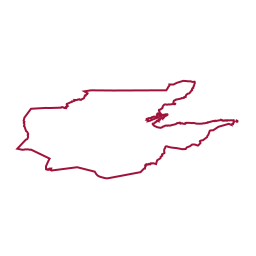 Vopnafjarðarhreppur, Austurland, Iceland, rotated 5°
{"feature_id": "244011B85031335132444", "entity_name": "Vopnafjarðarhreppur", "entity_type": "district", "adm_level": 2, "iso_a3": "ISL", "parent_name": "Iceland", "parent_adm1": "Austurland", "projection": "robinson", "projection_center": [-14.859, 65.704], "detail": "fine", "context": "isolated", "style": "outline", "palette": "rose", "viewbox_px": 256, "rotation_deg": 5, "n_neighbors": 0, "source": "geoboundaries", "source_scale": "gbopen_adm2", "svg_char_len": 5808}
<svg xmlns="http://www.w3.org/2000/svg" viewBox="0 0 256 256"><g transform="rotate(5 128 128)"><path d="M19.5,158.3L24.6,158.9L26.5,158.6L27.5,158.2L28.9,158.2L30.0,158.0L32.7,158.2L33.3,158.0L52.6,165.3L51.4,168.2L49.6,173.4L50.0,176.3L50.3,176.4L51.1,176.2L51.0,176.4L51.1,176.5L51.6,176.4L51.9,176.6L52.1,176.4L52.6,176.5L53.2,176.2L53.9,176.4L53.9,176.1L54.3,176.0L54.4,175.7L54.1,175.2L55.0,175.1L54.9,175.5L55.6,177.0L80.8,171.5L98.7,174.4L100.5,176.8L101.9,178.0L103.1,178.6L104.8,179.1L109.2,179.9L111.8,180.0L144.3,170.9L147.1,167.5L147.7,167.0L148.4,166.9L148.5,166.3L148.3,165.9L148.9,164.6L148.7,164.5L148.8,164.2L148.4,163.7L148.8,163.4L148.9,162.9L149.4,162.5L149.8,162.4L150.4,162.9L151.4,162.6L151.4,162.2L151.9,161.9L152.4,162.0L152.8,162.3L153.2,162.4L153.5,162.1L153.3,161.6L153.9,161.1L155.3,161.2L155.8,161.0L156.5,160.9L159.1,161.5L159.7,158.3L159.9,157.6L162.8,155.4L163.1,154.9L163.0,154.0L163.1,153.8L164.5,152.6L164.2,151.4L164.4,151.1L166.4,149.9L166.5,149.5L166.0,147.8L166.0,146.1L166.6,145.0L166.9,143.6L167.4,143.0L168.4,142.9L170.5,143.4L173.4,143.7L178.2,143.8L184.0,144.4L187.3,143.9L187.8,142.9L188.3,142.2L191.4,140.7L193.3,138.9L194.6,138.7L196.1,138.7L197.2,138.9L198.9,139.4L199.4,139.3L201.5,136.7L201.4,136.1L200.7,135.0L200.8,134.8L202.1,134.0L203.8,133.6L207.6,130.1L207.8,128.9L208.6,127.8L209.7,123.6L210.9,123.1L213.1,122.8L218.0,118.9L228.0,115.1L230.7,115.9L230.6,115.7L230.7,115.4L231.6,115.0L232.1,114.4L232.3,114.5L232.3,114.1L232.9,113.5L233.0,113.0L232.7,112.4L233.0,111.9L232.6,111.6L232.5,111.0L232.4,111.0L232.0,111.3L229.9,111.3L228.3,111.6L226.6,111.6L226.4,111.7L226.1,111.7L226.0,112.0L225.5,111.8L225.2,112.0L224.6,111.9L224.6,112.1L223.8,112.0L223.1,112.4L222.7,112.3L222.2,112.5L221.7,112.4L221.6,112.2L221.2,112.3L220.8,112.2L220.7,111.9L220.0,111.9L219.9,111.8L219.8,112.0L219.2,112.1L217.8,112.6L217.4,112.6L214.9,113.4L214.6,113.1L214.0,113.1L213.3,113.7L212.3,113.6L208.6,115.0L207.7,115.2L207.8,115.3L206.7,115.9L205.4,116.1L203.8,116.7L202.3,116.8L201.6,117.2L198.9,117.5L196.0,117.7L193.3,117.3L192.3,117.3L191.4,117.6L189.3,117.5L187.5,117.6L186.8,117.7L186.2,117.6L185.6,118.0L185.0,118.0L185.1,118.4L184.6,118.9L183.6,119.0L181.9,118.8L181.4,118.5L180.9,118.8L179.9,119.1L179.5,118.9L179.4,118.2L179.0,118.2L178.1,118.5L177.5,118.6L177.1,119.0L176.4,118.9L175.2,120.0L172.3,121.0L171.1,121.3L170.4,121.8L168.9,122.0L167.7,121.9L167.3,122.3L165.8,122.2L165.3,122.4L164.9,122.4L163.6,123.3L162.9,123.4L162.1,124.3L161.4,124.5L160.4,125.0L157.2,124.7L154.3,123.7L153.5,123.3L152.5,122.3L152.2,121.7L152.3,121.5L152.8,121.2L153.7,121.1L154.4,120.4L154.6,119.9L155.6,119.4L155.7,119.1L156.2,118.7L156.3,118.4L156.9,118.5L156.8,118.4L157.0,118.0L157.1,117.9L157.3,117.9L157.1,117.8L157.6,117.6L157.3,117.6L157.5,117.5L158.2,117.4L157.5,117.4L157.8,117.3L157.9,116.9L158.1,116.9L158.1,117.0L158.2,116.9L158.5,116.7L158.8,117.0L158.6,117.3L158.6,117.6L158.2,117.8L158.7,117.7L159.2,116.4L160.0,115.5L161.2,115.5L161.2,115.2L161.4,115.4L161.4,115.2L162.1,115.3L162.5,114.7L162.8,114.6L162.9,114.4L162.5,114.1L162.7,113.9L162.9,113.6L163.5,113.4L166.1,111.6L166.2,111.1L166.0,110.9L164.5,111.0L163.4,111.5L162.7,111.5L162.2,111.9L160.9,112.5L157.3,114.8L156.7,115.1L156.3,114.6L156.2,114.6L156.5,115.1L150.3,118.2L149.4,118.8L148.5,119.0L148.1,119.3L147.3,119.5L147.4,119.3L146.8,119.1L147.9,119.1L146.9,118.7L146.8,118.2L146.3,118.2L146.5,118.0L145.8,118.0L145.7,117.5L146.0,117.2L146.8,117.0L147.9,116.3L150.3,116.2L150.5,116.0L150.3,115.6L151.1,115.0L152.5,114.7L152.9,114.3L156.2,114.5L155.9,114.2L156.0,114.0L155.9,113.5L156.1,113.2L156.0,112.9L156.4,112.7L155.9,112.4L156.1,112.2L155.8,112.0L155.8,111.5L156.1,111.0L156.5,110.8L157.1,110.9L157.0,111.6L157.4,111.7L157.5,111.9L157.8,112.1L159.9,112.6L161.0,112.3L161.1,112.0L159.8,111.3L158.7,110.3L157.6,108.6L157.2,107.5L157.3,107.2L158.1,107.1L158.3,106.8L159.0,106.5L159.1,106.3L159.4,106.2L160.1,105.3L160.5,105.3L160.6,105.0L160.7,103.7L161.0,103.0L161.5,102.2L162.2,101.5L163.3,101.2L164.9,101.4L166.5,100.9L167.1,101.0L169.3,100.6L170.0,100.3L171.1,100.2L172.1,100.3L172.7,100.2L172.9,100.0L172.9,99.7L171.7,99.6L171.2,99.3L171.0,99.0L171.1,97.6L171.4,96.8L172.2,96.3L172.9,96.0L173.1,95.6L178.2,94.1L178.8,93.5L179.5,93.6L181.3,93.0L181.4,92.8L181.1,92.5L181.3,92.3L182.0,92.2L181.9,92.1L182.6,91.7L182.7,91.4L182.9,91.0L182.8,90.6L183.5,89.5L184.8,88.5L185.8,88.3L186.3,87.9L186.9,86.8L187.2,86.6L187.7,85.5L188.5,84.9L188.6,84.3L188.3,84.0L188.6,83.1L189.3,82.5L189.1,82.3L189.9,80.9L189.8,80.3L190.3,79.0L190.3,78.5L190.6,77.8L190.6,77.2L190.4,76.9L190.5,76.4L190.3,76.1L188.1,76.5L186.3,76.0L184.9,76.2L179.0,76.2L172.8,78.7L169.5,80.7L169.1,80.8L165.4,81.0L165.5,81.9L165.4,82.5L164.2,84.1L164.1,84.9L163.3,86.2L162.9,87.1L110.5,91.9L87.8,93.7L81.3,95.3L84.6,96.9L84.2,97.4L84.3,97.8L83.3,98.7L82.4,99.2L82.7,99.6L82.2,99.9L82.0,100.3L81.5,102.1L80.4,102.9L79.2,103.5L79.0,103.9L78.7,104.1L77.4,104.0L77.3,103.7L77.0,103.6L76.7,103.8L75.5,104.0L74.7,104.6L72.6,104.7L72.8,104.9L72.6,105.1L72.6,105.4L72.5,105.5L70.5,106.3L70.3,106.6L69.6,106.5L69.1,107.2L67.4,108.0L66.4,108.7L65.0,109.3L64.9,109.4L64.9,109.9L65.2,110.0L65.2,110.5L65.9,111.2L65.7,111.5L65.9,111.6L65.3,112.2L64.7,112.3L64.9,112.7L64.7,113.4L64.0,113.2L63.1,113.4L63.3,113.6L62.8,113.6L62.5,113.3L60.9,112.9L60.3,113.0L60.1,113.3L59.4,113.4L59.3,113.6L48.4,114.9L44.1,115.2L29.7,117.3L23.9,126.7L23.4,129.9L24.3,130.9L23.7,132.0L24.5,133.2L24.5,134.1L24.2,134.8L24.3,135.3L24.9,135.8L26.7,139.9L27.9,140.6L29.1,142.7L29.1,143.2L28.7,143.8L29.1,144.7L29.2,145.4L29.1,146.2L28.8,147.4L28.4,147.9L27.2,148.6L19.5,158.3ZM236.0,111.6L235.7,111.4L235.7,111.5L235.2,111.9L235.7,112.3L235.9,112.3L236.0,112.1L236.4,112.1L236.5,111.6L236.3,111.4L236.0,111.6Z" fill="none" stroke="#9f1239" stroke-width="2"/></g></svg>